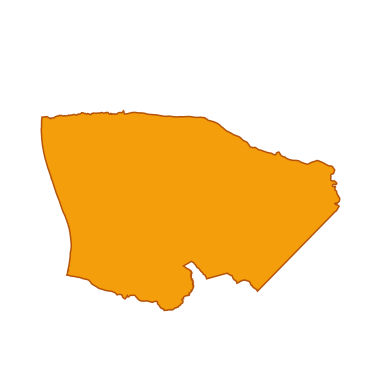 outline of Waimate District, Canterbury, New Zealand, rotated 164°
{"feature_id": "76426892B45923139634861", "entity_name": "Waimate District", "entity_type": "district", "adm_level": 2, "iso_a3": "NZL", "parent_name": "New Zealand", "parent_adm1": "Canterbury", "projection": "equal_earth", "projection_center": [170.93, -44.627], "detail": "fine", "context": "isolated", "style": "filled", "palette": "amber", "viewbox_px": 384, "rotation_deg": 164, "n_neighbors": 0, "source": "geoboundaries", "source_scale": "gbopen_adm2", "svg_char_len": 5920}
<svg xmlns="http://www.w3.org/2000/svg" viewBox="0 0 384 384"><g transform="rotate(164 192 192)"><path d="M270.1,100.9L265.1,99.6L260.6,96.9L257.4,97.1L255.9,96.4L255.6,95.9L255.9,94.0L254.7,91.8L254.2,89.4L253.9,89.0L253.1,88.6L252.7,87.8L251.7,87.5L251.4,87.2L251.2,86.8L251.5,86.0L251.0,85.6L250.3,85.7L248.5,85.1L247.3,85.4L245.6,84.6L244.9,84.9L243.9,84.2L243.1,84.1L241.6,84.6L240.6,85.3L239.4,84.9L238.5,85.4L236.8,85.2L236.1,86.0L235.0,86.3L233.9,86.8L233.6,87.2L232.9,87.7L231.7,87.9L231.3,88.3L230.9,89.1L230.8,90.2L231.5,90.9L231.4,91.3L231.2,91.6L229.5,91.7L229.5,92.7L229.3,93.1L228.2,93.7L227.4,93.7L226.9,93.9L224.9,93.7L224.2,94.0L223.9,93.5L223.2,93.5L222.6,94.4L222.6,95.7L221.6,95.6L220.8,96.1L220.7,96.5L220.0,96.6L220.0,96.8L219.5,97.1L219.6,97.8L218.9,97.7L217.7,98.9L217.7,99.6L217.1,99.8L216.3,101.1L216.9,101.7L216.4,102.4L216.7,102.5L216.5,102.9L216.8,103.4L216.5,103.7L216.3,103.7L216.4,104.1L215.8,104.5L216.0,104.7L216.3,105.7L215.9,106.1L215.5,106.2L215.7,106.6L215.6,107.0L216.3,107.4L216.6,107.7L215.9,108.3L216.4,108.5L216.5,109.2L216.1,110.4L216.1,110.8L216.5,111.1L215.5,112.0L215.5,112.4L215.8,112.6L214.4,114.1L214.4,114.3L214.9,114.3L214.5,114.8L214.8,115.1L214.5,115.3L214.5,115.6L214.8,116.1L214.9,116.9L215.5,116.9L215.6,117.5L216.7,118.9L218.0,119.7L218.2,120.3L220.6,123.3L211.6,125.5L210.0,123.7L209.5,122.9L209.4,122.2L208.8,121.1L208.3,119.7L207.9,118.0L206.4,116.6L205.4,113.5L203.9,111.3L203.8,110.0L203.4,109.4L202.4,108.6L201.9,106.1L201.9,104.5L180.4,104.3L179.9,103.3L177.9,101.6L177.8,101.1L176.8,100.7L176.5,100.3L176.4,99.8L176.5,98.5L176.2,97.3L175.4,95.7L174.3,94.6L173.9,93.0L174.0,92.1L173.5,92.3L173.3,92.0L172.6,92.2L172.2,92.0L171.7,92.4L170.9,92.4L169.7,93.0L169.2,92.9L168.4,93.1L168.1,92.9L167.8,93.1L166.6,93.1L166.1,92.7L165.4,92.8L165.1,92.5L164.6,92.4L163.7,91.5L162.8,91.2L162.5,90.8L161.5,90.0L161.2,89.3L161.3,89.1L160.8,86.1L160.5,86.0L160.6,85.8L160.4,85.4L160.0,85.1L159.9,84.3L159.0,82.9L158.3,82.2L157.8,81.4L156.6,80.4L156.5,79.9L156.7,79.3L156.4,78.6L60.1,133.5L58.4,134.1L54.6,137.7L54.7,138.3L55.1,138.8L56.2,139.9L56.7,140.0L57.5,140.6L57.9,141.4L57.6,141.7L57.0,141.8L55.4,141.2L55.1,141.6L54.3,141.7L52.9,142.7L51.9,144.6L51.8,145.2L51.9,146.2L52.7,147.8L52.5,148.4L53.0,149.8L53.1,151.5L52.9,152.8L53.0,153.2L53.8,154.1L53.7,156.4L52.8,157.2L52.6,157.7L53.2,158.2L54.6,158.2L55.1,158.5L55.4,159.0L55.0,160.0L54.2,160.5L53.0,160.3L51.6,159.6L50.8,159.8L50.5,160.1L50.7,161.5L51.7,162.7L52.0,163.4L54.0,163.9L54.8,164.4L55.3,165.1L55.1,165.7L55.2,166.5L54.3,168.0L54.0,170.0L53.2,170.6L51.5,170.6L50.8,170.8L48.7,173.9L49.7,176.5L49.9,177.5L50.3,178.1L52.4,179.2L53.0,179.2L55.9,181.8L57.1,183.3L57.8,183.7L59.6,185.5L60.9,186.2L61.4,186.9L62.4,187.5L63.3,187.9L64.3,187.6L66.4,187.7L69.9,187.5L71.9,186.9L73.6,187.0L75.5,188.1L79.4,190.9L80.6,192.4L82.8,193.5L87.1,194.9L88.2,195.7L89.4,196.2L92.1,198.5L93.0,200.0L94.2,200.5L96.0,202.1L96.7,203.5L97.0,205.2L97.3,206.0L97.6,206.5L99.5,206.4L100.2,206.1L100.3,205.7L101.0,205.0L102.0,204.8L102.5,205.0L105.1,207.4L108.7,209.2L114.4,213.3L116.2,214.2L119.1,217.6L120.8,217.7L121.4,217.9L122.2,218.6L123.3,219.0L123.8,219.8L124.4,222.0L125.5,224.8L128.8,227.7L130.2,230.4L131.0,231.6L133.3,233.5L135.8,235.2L138.6,238.2L141.8,241.1L143.1,242.8L144.4,245.0L145.7,246.6L147.4,249.5L148.5,250.8L151.4,253.3L156.8,256.6L157.2,257.1L157.4,257.7L158.6,258.7L158.8,258.9L158.8,259.5L159.3,259.9L162.9,261.4L168.0,262.7L173.6,265.3L180.4,266.9L183.0,267.8L185.5,268.2L189.4,269.6L192.1,270.9L197.6,272.3L204.9,275.9L213.0,278.9L216.2,280.9L219.2,282.1L222.1,282.9L224.4,284.1L227.5,284.9L232.8,285.1L235.4,285.6L235.5,285.7L235.4,288.9L235.9,288.7L236.6,287.9L237.7,287.5L238.2,287.9L240.0,288.4L241.9,288.2L242.7,287.6L243.5,287.7L244.0,287.8L244.5,288.3L245.2,288.2L245.3,288.5L247.6,288.9L247.2,289.2L248.3,289.9L249.8,289.6L250.4,290.3L250.5,290.9L250.9,291.5L251.4,291.9L252.5,291.7L252.8,291.8L252.9,292.1L253.4,292.2L254.7,291.8L255.5,292.3L256.6,293.2L257.7,293.4L259.1,293.3L260.5,293.8L263.0,294.2L264.4,294.9L265.7,295.1L267.0,295.0L267.2,294.8L267.4,294.3L268.0,294.3L268.9,294.7L269.7,295.7L270.3,295.8L270.7,296.2L271.7,295.9L272.1,295.9L272.7,296.8L273.7,297.1L274.4,297.6L274.7,298.0L275.6,298.5L276.2,298.6L277.1,298.1L278.8,297.9L279.6,298.1L281.1,297.7L280.4,298.1L280.7,298.3L281.3,297.9L282.1,297.9L283.2,298.4L283.6,298.8L284.1,299.1L286.8,299.1L287.6,299.5L288.8,299.4L289.5,299.9L290.6,299.6L293.1,300.1L293.5,300.5L294.5,300.5L295.7,300.9L296.5,301.7L297.0,301.5L298.5,302.3L299.8,301.8L300.4,302.1L301.5,302.1L302.1,301.9L302.9,302.0L303.9,301.3L306.3,301.8L307.7,301.4L308.2,301.8L308.2,302.0L307.4,302.0L308.6,302.3L309.5,303.0L309.6,303.4L310.5,304.3L311.8,304.7L312.4,304.4L312.8,304.8L314.3,304.9L315.5,305.4L316.8,302.4L318.7,296.0L319.7,293.6L321.9,283.7L323.0,276.8L323.6,270.5L323.9,265.3L323.9,254.6L323.8,253.6L323.6,253.2L323.7,251.8L323.3,244.9L323.6,244.7L323.2,240.7L322.8,229.0L322.3,222.7L322.0,220.8L321.7,212.9L321.3,207.9L320.7,204.7L320.2,198.3L320.2,196.9L320.0,195.7L320.2,192.7L319.9,192.6L320.6,185.9L321.5,180.1L322.7,174.2L323.3,172.2L324.4,169.7L326.2,166.0L326.7,164.0L328.2,160.4L328.3,160.2L330.5,155.3L330.1,155.4L330.7,155.0L331.9,152.8L332.6,151.1L332.3,151.1L332.3,150.9L332.9,150.9L333.0,150.2L333.4,150.0L334.4,147.6L335.3,146.7L333.9,146.1L332.9,145.4L331.0,144.3L328.2,143.2L327.1,142.5L323.3,140.7L320.2,138.5L317.2,137.0L315.5,135.7L314.3,133.2L313.7,131.3L309.3,126.6L308.0,124.9L306.0,123.8L301.7,120.9L296.9,118.8L295.1,117.6L293.6,116.2L292.3,113.7L290.7,113.8L289.2,113.3L287.9,112.5L287.6,112.0L287.7,110.6L287.6,110.0L286.1,107.8L285.5,107.8L284.8,108.5L283.7,109.2L282.8,110.2L282.6,108.9L282.2,108.7L281.5,108.7L280.7,109.4L279.3,109.6L277.4,108.9L276.7,109.0L275.9,108.8L275.0,107.6L274.7,106.6L274.1,105.8L273.8,104.5L272.7,102.8L271.4,101.6L270.1,100.9Z" fill="#f59e0b" stroke="#b45309" stroke-width="1.5"/></g></svg>